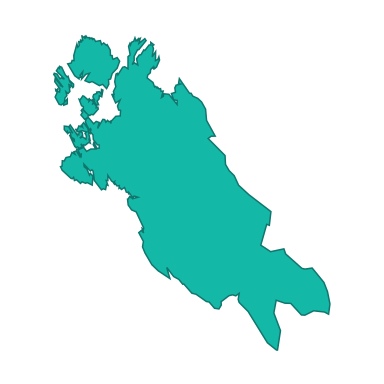 Os nor, Hordaland, Norway (Equal Earth projection), rotated 87°
{"feature_id": "86288312B99631604465694", "entity_name": "Os nor", "entity_type": "district", "adm_level": 2, "iso_a3": "NOR", "parent_name": "Norway", "parent_adm1": "Hordaland", "projection": "equal_earth", "projection_center": [5.41, 60.23], "detail": "fine", "context": "isolated", "style": "filled", "palette": "teal", "viewbox_px": 384, "rotation_deg": 87, "n_neighbors": 0, "source": "geoboundaries", "source_scale": "gbopen_adm2", "svg_char_len": 5926}
<svg xmlns="http://www.w3.org/2000/svg" viewBox="0 0 384 384"><g transform="rotate(87 192 192)"><path d="M311.0,60.1L298.6,61.9L289.2,65.0L274.2,76.0L274.9,83.1L274.0,86.3L258.8,101.7L253.6,103.2L255.7,116.6L248.7,126.1L228.2,119.1L229.3,116.5L215.7,114.2L197.7,135.3L187.7,145.1L177.9,149.0L172.6,153.8L166.2,157.1L157.3,157.1L139.4,173.1L137.3,169.9L137.4,165.9L121.3,173.7L110.0,174.1L102.6,177.7L98.8,181.3L96.3,186.2L93.4,187.7L93.3,189.3L78.1,198.7L83.0,199.8L83.6,197.9L84.5,202.3L87.1,203.7L91.6,203.3L92.6,207.4L98.9,205.5L99.8,202.0L103.8,202.3L93.2,210.0L92.4,215.3L95.0,215.6L96.1,217.6L89.7,215.5L89.9,217.6L87.1,218.0L87.3,219.5L85.6,220.9L86.3,221.5L84.6,222.7L85.1,223.9L80.6,225.2L75.8,230.8L72.9,230.1L70.8,227.4L67.6,226.9L65.6,224.8L66.7,224.1L65.2,223.5L66.9,222.9L65.4,220.9L58.5,217.5L55.2,218.0L57.8,219.2L58.9,221.6L50.0,221.0L55.0,224.7L46.7,223.0L43.8,223.8L43.0,222.4L40.4,225.3L43.0,225.4L42.9,227.1L48.2,231.7L47.6,232.7L52.1,235.7L52.5,237.6L56.1,240.4L62.3,239.5L60.0,242.8L61.6,245.1L57.6,242.8L53.6,242.7L47.2,239.0L47.1,237.7L38.4,229.9L36.4,231.1L40.8,237.2L36.1,235.7L37.2,237.2L35.2,236.7L37.8,238.2L36.9,238.5L38.3,240.0L35.1,240.9L38.4,242.3L39.3,244.6L42.1,245.8L40.5,246.3L43.2,247.7L51.8,246.6L53.4,248.8L65.6,249.5L63.4,252.6L63.8,254.7L71.2,259.9L69.6,260.4L70.2,261.7L77.8,263.4L82.9,262.6L87.5,265.2L90.6,264.7L90.4,266.1L92.1,265.4L91.4,266.5L99.1,263.6L96.4,259.0L102.2,261.9L106.3,261.0L106.7,259.1L112.3,259.7L112.4,264.1L116.8,268.7L119.5,269.7L116.8,269.3L117.6,271.1L116.0,272.6L117.8,274.4L115.1,275.4L114.8,277.2L123.6,283.0L117.7,281.0L116.5,284.0L118.7,286.6L112.1,291.7L113.5,293.7L116.1,294.9L119.5,293.7L124.6,291.3L123.4,290.0L124.7,289.5L127.3,291.4L128.1,290.5L126.4,290.4L129.8,287.9L134.4,287.8L139.9,284.1L140.2,282.3L143.3,282.3L143.5,284.6L137.4,287.4L139.5,288.2L144.0,285.9L143.8,290.8L145.9,295.1L141.9,297.9L143.4,302.4L144.1,302.0L142.9,303.4L143.3,305.5L143.6,304.1L148.9,301.7L148.4,300.6L150.6,300.9L149.9,301.4L151.1,302.0L144.9,305.3L145.7,307.9L148.1,306.9L146.2,309.8L150.3,311.7L151.0,316.0L154.4,318.0L154.0,319.9L159.3,320.4L159.8,322.0L163.5,320.5L172.0,312.2L172.5,310.9L171.2,309.5L174.4,308.8L173.7,306.7L177.6,302.9L176.1,301.4L177.7,297.8L177.1,296.2L179.9,291.3L171.0,290.1L168.1,292.5L169.8,293.5L163.4,295.8L161.2,298.3L158.5,298.5L165.7,292.4L164.6,290.8L165.8,289.7L175.4,288.9L185.1,282.3L184.1,280.5L185.1,278.2L180.3,277.0L180.9,275.6L175.9,277.1L176.2,275.4L171.0,275.2L176.8,271.8L178.2,270.1L177.6,268.9L179.1,269.7L180.9,268.5L179.3,268.8L179.1,268.5L182.0,266.6L181.8,264.3L184.4,264.7L183.9,263.9L185.8,262.3L184.0,259.1L188.7,257.6L189.0,255.8L190.1,255.5L191.2,254.9L189.5,254.9L194.6,251.3L193.0,250.1L194.4,246.2L195.6,251.8L193.3,253.2L194.1,254.0L193.3,254.5L196.1,256.4L195.1,256.8L201.7,256.4L206.7,253.3L208.9,248.8L225.5,242.1L226.8,242.5L225.9,243.6L230.4,242.4L227.7,244.5L229.8,247.3L238.8,243.1L244.2,244.3L250.5,242.1L262.5,235.9L269.0,229.8L277.3,218.6L266.0,221.2L275.5,214.7L278.5,209.8L283.6,206.1L283.4,205.0L293.1,197.4L294.3,193.3L302.1,183.4L302.8,180.6L309.3,175.6L310.2,171.2L306.5,168.7L303.1,168.7L297.5,160.5L296.8,156.9L298.0,153.7L295.7,150.2L301.6,151.5L304.8,150.7L314.3,142.2L346.5,124.6L354.2,116.0L354.3,114.9L335.1,110.9L317.1,116.6L304.5,113.6L307.9,105.0L308.4,99.2L320.5,89.2L320.9,85.7L317.0,76.7L318.8,66.0L321.2,62.0L311.0,60.1ZM57.6,257.4L53.8,259.7L55.3,263.8L54.6,264.3L51.6,264.6L51.3,266.3L46.0,266.2L40.4,269.0L41.0,269.9L38.5,272.4L40.1,274.5L36.0,275.6L36.6,280.5L34.1,281.6L33.4,283.2L35.1,283.1L33.0,284.2L33.6,286.2L32.5,286.1L32.3,288.7L30.8,289.6L33.5,291.0L31.0,290.9L31.9,293.0L29.7,293.9L35.6,293.1L34.5,293.9L36.0,294.5L34.7,295.4L36.5,295.8L36.0,297.2L39.9,297.0L41.4,298.5L38.2,299.2L49.4,302.9L54.6,302.9L54.3,304.8L56.9,305.9L57.5,309.4L69.8,303.0L73.1,298.9L71.8,298.7L71.7,296.3L70.4,296.1L71.3,296.7L69.6,297.7L66.3,294.9L73.4,296.3L68.9,291.9L68.0,288.1L75.2,293.1L77.3,288.9L76.5,285.9L80.9,278.9L79.8,275.6L84.3,271.9L80.0,269.4L75.4,269.5L74.9,267.4L69.5,265.5L64.5,260.3L57.6,257.4ZM79.1,307.4L81.5,305.6L80.7,304.8L78.1,304.6L75.2,307.4L77.0,307.1L75.8,308.2L69.9,309.7L70.5,310.7L68.4,312.4L60.6,315.6L59.6,317.6L61.7,317.9L60.7,318.9L63.9,321.1L72.6,313.5L71.2,316.7L72.0,317.9L67.2,320.6L66.2,323.3L67.4,323.9L80.7,315.3L78.3,317.6L79.5,318.4L78.1,317.6L71.5,322.7L74.6,323.3L82.2,318.5L85.3,319.1L84.2,321.4L82.8,320.4L81.9,320.6L83.6,322.4L82.6,322.5L82.4,322.8L83.8,322.7L85.4,321.4L90.0,323.7L97.5,320.1L98.2,318.0L96.6,315.4L98.6,315.5L97.4,311.9L92.6,311.7L95.8,314.8L91.6,314.0L89.2,311.9L85.3,312.7L87.2,310.7L85.3,308.7L79.1,309.2L80.2,308.3L78.7,308.5L79.1,307.4ZM134.3,292.0L134.8,291.1L123.1,292.7L117.1,296.6L119.1,298.4L121.5,297.9L120.1,299.4L121.0,299.7L120.1,301.5L124.1,303.4L122.9,305.1L125.9,303.5L125.0,298.4L126.5,294.1L127.8,295.8L130.5,294.5L133.8,295.2L131.2,298.2L132.3,301.2L129.7,298.2L126.9,298.6L126.1,300.0L126.7,301.7L129.0,302.1L127.9,303.8L128.8,303.8L118.7,310.1L120.4,311.4L127.2,308.0L120.2,312.0L119.5,316.1L123.0,316.3L126.0,314.0L125.1,313.4L127.1,313.0L125.9,311.5L126.4,310.3L130.6,310.0L133.1,306.9L135.0,306.8L133.9,308.3L128.4,311.4L141.1,306.4L139.8,306.6L141.6,305.5L141.0,304.0L142.5,301.9L140.8,299.3L138.1,300.5L141.1,297.7L139.3,297.7L139.6,296.0L137.0,292.4L137.9,291.0L134.3,292.0ZM92.2,277.2L85.6,275.6L84.8,277.0L89.4,277.6L87.0,279.3L87.2,282.0L88.5,281.8L89.6,285.1L91.9,286.0L94.8,284.6L94.5,286.1L99.3,283.3L100.2,283.8L97.9,285.4L99.5,287.1L97.4,285.8L95.9,286.6L94.5,288.4L96.1,290.2L93.6,289.8L94.3,291.3L90.7,294.9L90.3,296.0L94.0,298.8L93.5,299.9L100.1,297.8L101.0,296.1L104.4,296.1L108.6,292.5L103.5,297.3L104.9,298.4L106.7,297.1L109.2,298.9L113.8,295.4L112.0,291.8L109.3,291.8L110.3,290.1L109.3,288.9L109.7,286.5L104.3,281.3L102.4,281.5L102.8,283.3L100.0,282.4L100.0,280.7L96.3,282.0L94.3,280.0L91.0,279.5L92.2,277.2Z" fill="#14b8a6" stroke="#0f766e" stroke-width="1.5"/></g></svg>